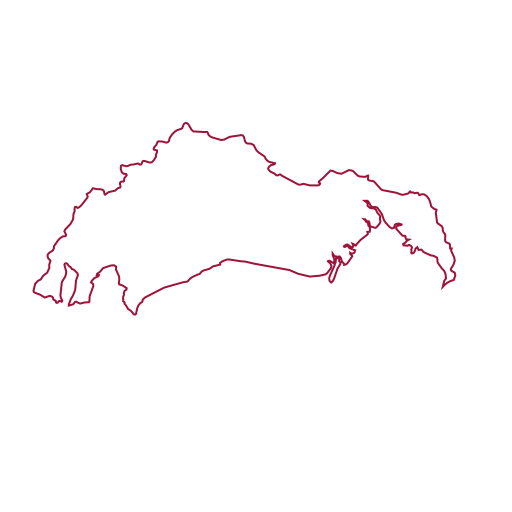 an SVG outline of Sarawak, rotated 205°
{"feature_id": "MYS-1187", "entity_name": "Sarawak", "entity_type": "State", "adm_level": 1, "iso_a3": "MYS", "parent_name": "Malaysia", "parent_adm1": "", "projection": "mercator", "projection_center": [112.841, 2.907], "detail": "fine", "context": "isolated", "style": "outline", "palette": "rose", "viewbox_px": 512, "rotation_deg": 205, "n_neighbors": 0, "source": "natural_earth", "source_scale": "10m", "svg_char_len": 6132}
<svg xmlns="http://www.w3.org/2000/svg" viewBox="0 0 512 512"><g transform="rotate(205 256 256)"><path d="M425.1,169.2L426.0,168.3L425.9,167.0L421.4,161.7L420.6,159.3L420.2,156.7L420.9,150.7L420.6,149.3L416.6,137.6L415.0,135.4L412.8,133.9L412.8,132.4L414.8,132.4L415.5,131.9L416.0,129.8L416.8,129.3L417.6,129.4L418.5,130.7L421.4,131.0L422.5,132.6L424.9,133.0L426.6,132.3L429.8,129.1L435.5,129.7L440.2,129.3L442.1,129.4L443.0,130.5L444.4,137.6L443.1,141.4L441.2,143.7L440.5,148.2L438.2,152.7L438.3,157.9L439.8,160.9L440.2,164.6L440.6,165.1L443.0,165.9L444.1,166.8L444.9,167.9L445.4,169.3L444.6,171.8L442.5,175.0L442.4,177.3L443.2,179.6L442.1,186.1L441.3,188.8L439.6,191.9L437.0,193.5L437.0,194.9L440.1,197.4L440.1,199.5L437.7,206.6L437.3,211.5L437.6,213.0L439.1,216.7L439.3,220.0L440.3,221.8L440.8,223.8L439.8,224.6L438.1,224.1L436.8,225.5L435.7,228.3L433.5,237.6L433.6,238.7L435.6,240.7L433.5,243.5L432.4,248.5L428.9,249.2L424.8,250.9L422.9,251.2L421.1,250.4L419.5,248.1L418.7,247.8L416.6,251.6L411.3,255.7L409.9,259.0L408.0,260.7L408.2,261.8L409.8,263.9L410.2,265.1L409.5,266.6L407.7,267.4L407.3,268.2L408.2,270.6L407.3,274.5L408.2,275.4L410.9,274.6L413.1,275.2L415.6,278.1L416.5,280.6L415.7,281.8L411.6,282.5L410.3,283.3L407.9,286.0L405.9,287.0L402.1,290.0L399.7,289.8L399.0,290.2L398.6,291.6L398.8,293.8L398.4,294.5L396.8,295.1L392.0,295.7L390.1,296.8L389.2,299.2L388.6,303.7L389.5,305.3L389.6,308.5L390.3,309.8L393.4,309.3L394.0,309.7L394.2,311.5L393.3,314.5L393.4,318.1L392.6,318.8L389.2,320.2L385.2,320.8L384.0,321.9L383.5,323.1L384.1,326.7L383.4,330.9L382.2,334.2L380.6,336.8L377.6,339.6L376.9,340.6L377.2,344.8L376.8,346.0L375.8,346.9L374.3,347.2L373.0,346.8L368.1,343.4L366.7,342.7L365.2,342.5L354.8,346.7L352.8,347.8L352.0,347.5L350.2,345.7L348.0,345.0L345.5,345.0L336.6,346.4L334.0,348.1L330.3,352.8L320.5,359.3L319.0,359.7L317.3,358.8L314.2,355.1L312.8,354.4L311.5,354.3L307.8,355.7L305.0,355.6L300.5,352.1L297.5,351.0L290.3,349.8L288.3,348.2L286.0,347.1L283.6,346.9L277.9,348.1L277.8,347.6L278.1,346.9L281.0,344.5L282.0,342.0L282.0,340.6L281.4,339.8L278.9,338.6L274.8,338.5L271.6,337.8L270.4,338.2L269.0,339.9L268.3,340.2L266.3,339.7L247.9,338.7L246.4,339.1L243.4,341.5L237.1,342.7L230.0,346.0L228.8,346.9L228.4,348.5L228.7,349.0L230.1,349.1L230.4,350.3L228.3,354.8L224.6,364.9L222.2,365.5L217.2,365.5L213.3,366.7L208.0,373.2L204.3,374.1L197.6,371.8L195.6,371.9L190.4,373.9L189.0,375.9L188.3,376.3L187.0,372.9L186.3,372.3L185.3,372.3L181.6,373.3L180.3,373.3L170.6,369.2L169.4,369.1L155.6,372.6L149.9,373.1L148.2,373.9L144.7,376.8L144.1,377.8L143.9,379.4L143.5,379.7L142.3,379.0L140.3,380.1L139.0,379.8L136.4,381.6L135.5,381.5L134.1,380.3L133.4,380.3L132.3,381.7L129.7,382.9L126.8,382.5L124.0,381.1L121.7,379.3L118.0,374.9L114.1,373.9L112.4,374.3L111.8,374.1L111.4,371.3L106.1,363.0L105.0,362.4L100.2,361.5L98.8,360.4L97.5,358.1L96.4,357.0L93.4,355.3L91.4,350.4L90.7,349.4L89.6,348.8L85.9,348.9L84.8,348.0L83.3,344.9L81.8,345.5L81.6,343.8L81.2,343.1L75.7,338.4L73.8,335.6L73.4,331.6L73.9,326.7L73.5,325.6L72.4,325.1L68.9,324.9L67.2,322.8L66.6,317.9L69.4,315.2L71.0,313.1L72.6,310.2L73.7,306.9L74.9,313.1L74.3,315.9L76.7,319.9L79.1,322.0L82.9,323.6L88.6,326.8L91.1,331.0L95.1,331.2L98.1,330.4L105.9,330.4L108.7,331.7L111.3,330.2L113.5,332.2L114.6,330.0L114.2,328.7L114.2,326.2L114.9,324.8L115.9,324.2L116.7,324.5L117.2,326.3L118.0,327.5L118.2,329.6L119.6,330.6L121.6,330.8L122.2,330.6L122.9,329.4L126.9,328.0L127.7,329.1L126.4,331.0L125.7,333.6L124.3,335.5L126.8,334.7L128.3,335.7L128.7,336.9L129.4,337.2L131.9,336.3L140.4,340.0L141.2,341.4L140.8,343.0L137.4,345.6L137.4,346.1L140.3,345.8L142.7,344.1L143.3,343.0L142.9,339.7L144.5,338.4L147.4,338.8L152.6,341.0L155.3,342.7L159.9,347.4L166.0,350.8L166.8,351.1L168.2,350.9L171.6,349.4L173.6,350.2L175.8,352.0L178.2,353.2L180.9,351.9L177.3,351.1L176.0,348.6L173.3,347.8L171.7,348.0L169.5,349.0L167.0,348.7L164.0,346.3L161.2,345.2L160.2,344.3L159.1,341.4L157.9,340.2L157.7,339.5L157.7,337.2L159.0,332.8L159.6,332.0L164.5,331.2L165.7,331.7L167.3,334.2L168.3,335.1L170.5,334.3L172.4,335.4L173.7,335.0L171.9,334.4L170.8,333.6L167.9,333.1L167.8,332.3L167.0,331.0L165.0,330.2L163.6,327.7L163.2,326.0L165.3,324.9L164.0,323.4L164.2,322.2L168.0,314.9L169.8,309.2L169.9,307.8L170.3,307.5L172.2,308.0L173.7,307.9L172.1,306.5L172.0,305.1L172.9,304.3L178.0,305.1L179.2,304.2L180.5,302.1L180.0,301.6L179.2,301.8L178.6,302.5L178.1,304.0L177.5,304.1L175.2,302.8L173.9,302.6L168.6,303.1L168.3,301.0L168.6,300.0L169.6,299.1L170.8,298.5L172.0,298.7L171.4,297.6L169.1,296.9L168.6,296.4L170.1,288.1L170.9,286.4L172.4,285.2L172.9,286.2L175.8,287.3L178.1,289.9L179.8,291.0L182.2,289.6L184.9,289.1L187.6,290.7L187.1,289.6L183.4,285.7L182.2,282.2L187.3,282.8L188.5,281.8L189.4,281.8L185.7,280.7L183.3,278.8L183.0,276.3L184.4,270.1L185.5,268.5L189.9,265.1L198.5,260.1L210.3,257.7L219.7,257.4L254.3,248.3L263.7,246.3L267.5,244.8L278.9,241.5L281.0,240.4L284.3,236.9L285.6,234.5L284.8,233.1L290.5,228.5L292.8,224.7L297.6,220.5L298.7,218.8L299.5,215.8L300.9,214.7L304.6,210.3L306.1,207.8L307.3,203.9L311.0,201.4L325.9,188.5L338.9,171.7L340.2,168.7L339.7,166.3L341.0,164.2L341.7,161.6L341.6,158.7L340.3,152.9L340.7,151.9L342.1,151.5L346.1,153.4L349.5,153.9L352.8,156.2L355.0,157.2L355.5,158.5L357.3,158.9L357.7,160.2L358.7,161.6L359.2,163.3L359.2,165.0L360.0,166.3L360.4,169.0L359.2,170.8L359.6,172.2L364.4,172.9L368.0,172.5L368.8,173.4L370.1,177.3L371.6,179.7L377.2,184.6L378.3,187.3L380.8,187.6L383.7,185.9L389.4,180.5L390.7,175.8L392.5,172.6L392.3,171.5L390.4,172.3L390.3,171.0L393.2,167.6L394.3,164.2L394.4,162.4L391.8,161.8L390.7,160.1L389.8,149.3L387.8,144.5L387.9,143.5L391.8,141.4L394.9,138.8L396.3,138.4L399.6,138.6L400.6,138.0L401.2,135.1L404.7,132.0L405.2,133.2L405.6,137.9L405.2,142.8L405.4,147.8L406.0,150.2L408.7,157.5L409.4,163.6L410.7,165.0L414.3,166.3L415.5,166.6L417.4,166.4L419.5,167.7L420.7,167.6L423.8,169.2L425.1,169.2ZM182.6,287.9L182.5,289.1L181.3,288.5L180.0,289.9L178.4,286.5L176.5,285.5L176.2,284.2L176.8,279.0L175.7,268.7L175.8,265.6L176.7,263.7L178.8,264.5L180.1,266.4L180.7,269.0L180.8,279.8L181.3,284.4L182.6,287.9Z" fill="none" stroke="#9f1239" stroke-width="2"/></g></svg>